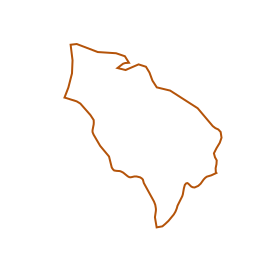 the border of Saint Thomas, rotated 219°
{"feature_id": "JAM-1383", "entity_name": "Saint Thomas", "entity_type": "Parish", "adm_level": 1, "iso_a3": "JAM", "parent_name": "Jamaica", "parent_adm1": "", "projection": "equal_earth", "projection_center": [-76.493, 17.967], "detail": "fine", "context": "isolated", "style": "outline", "palette": "amber", "viewbox_px": 256, "rotation_deg": 219, "n_neighbors": 0, "source": "natural_earth", "source_scale": "10m", "svg_char_len": 1230}
<svg xmlns="http://www.w3.org/2000/svg" viewBox="0 0 256 256"><g transform="rotate(219 128 128)"><path d="M196.5,111.7L199.8,121.9L205.9,135.2L213.7,145.7L225.0,156.6L220.7,161.0L199.3,168.0L184.3,178.6L175.6,181.8L168.3,179.3L171.1,176.7L172.3,174.8L173.9,168.0L166.4,171.5L159.8,184.1L152.6,186.9L146.2,184.6L138.8,180.2L131.2,177.7L118.8,183.6L86.3,187.2L63.3,182.8L60.0,182.9L56.9,183.7L53.5,183.2L49.2,179.3L47.4,174.3L46.5,167.9L45.3,162.4L42.0,160.0L38.7,158.7L36.5,155.6L34.6,151.9L32.0,149.0L31.0,148.7L33.5,143.6L36.1,139.8L36.6,138.0L36.8,135.6L36.5,130.4L37.0,127.2L38.8,123.7L40.4,122.7L42.0,122.3L46.2,122.7L47.3,122.5L48.0,121.4L48.0,119.5L46.6,116.3L43.6,110.9L42.9,109.1L40.6,98.7L39.5,96.2L38.5,93.0L38.0,89.6L38.1,81.3L38.7,76.8L39.4,73.2L43.2,68.8L50.9,75.6L54.1,81.0L54.8,82.0L55.7,83.0L58.4,85.4L61.5,87.2L81.1,95.2L84.0,97.3L85.6,97.5L87.5,97.3L90.9,95.7L92.5,94.4L94.3,92.1L95.1,91.2L96.1,90.6L97.8,90.3L103.6,90.3L105.7,89.9L107.2,89.4L109.9,87.5L112.0,86.3L113.7,86.4L115.8,87.1L124.8,93.9L138.4,96.6L150.6,101.2L152.8,102.4L153.6,103.2L154.3,104.2L157.0,109.3L158.1,110.8L159.7,112.6L165.3,114.4L180.4,117.0L184.7,116.4L196.3,111.8L196.5,111.7Z" fill="none" stroke="#b45309" stroke-width="2"/></g></svg>